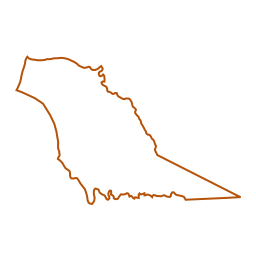 the district of Salvaterra, Pará, Brazil, rotated 178°
{"feature_id": "56859067B73547527408791", "entity_name": "Salvaterra", "entity_type": "district", "adm_level": 2, "iso_a3": "BRA", "parent_name": "Brazil", "parent_adm1": "Pará", "projection": "robinson", "projection_center": [-48.631, -0.813], "detail": "fine", "context": "isolated", "style": "outline", "palette": "amber", "viewbox_px": 256, "rotation_deg": 178, "n_neighbors": 0, "source": "geoboundaries", "source_scale": "gbopen_adm2", "svg_char_len": 3190}
<svg xmlns="http://www.w3.org/2000/svg" viewBox="0 0 256 256"><g transform="rotate(178 128 128)"><path d="M226.1,202.7L227.0,201.6L227.9,199.8L228.4,198.0L228.6,196.4L229.6,193.0L231.4,188.4L233.0,182.5L233.2,181.1L234.2,177.6L234.9,176.1L235.5,174.8L236.6,172.4L238.1,169.7L232.4,167.3L220.1,161.1L212.1,155.3L205.4,143.7L201.6,135.1L199.6,126.7L199.4,124.7L198.3,116.7L198.6,110.2L198.0,108.4L197.5,106.6L197.6,105.3L197.2,103.9L197.6,102.5L198.5,101.2L199.2,99.6L197.1,97.9L194.9,95.5L193.1,92.1L192.1,90.3L190.8,89.1L189.0,87.9L187.8,86.8L187.5,84.1L187.6,82.1L187.1,80.5L186.3,79.6L184.1,79.4L182.4,79.9L180.6,79.5L179.3,77.6L177.4,74.1L175.6,71.7L173.1,68.1L171.7,63.3L171.1,59.6L170.8,56.9L169.9,54.6L168.7,53.9L166.7,53.3L165.3,54.8L164.4,56.3L163.9,58.4L163.8,59.8L164.3,62.2L164.4,64.0L164.4,65.4L164.1,67.1L162.8,68.6L161.4,68.2L159.7,67.5L159.1,66.1L158.7,64.7L157.6,63.6L156.3,62.6L154.4,61.8L153.4,60.9L152.0,57.9L150.7,57.0L149.1,58.2L149.1,60.3L149.9,61.4L149.9,63.3L149.3,64.9L148.5,66.0L147.1,65.8L147.0,64.3L147.3,62.1L145.8,61.3L144.7,60.0L144.6,58.2L143.7,57.6L142.2,57.3L140.7,57.6L138.2,61.1L137.2,62.0L135.8,61.7L134.3,61.7L132.6,62.2L131.3,62.9L129.9,62.3L129.4,60.7L128.9,59.4L127.6,60.1L126.3,59.3L125.2,57.7L124.1,57.2L123.4,58.4L121.3,58.1L119.7,57.7L119.7,59.5L119.6,61.2L118.7,62.2L117.9,61.2L116.7,61.3L115.4,61.7L113.9,62.2L113.9,60.1L112.6,60.2L111.6,60.8L109.9,60.6L108.3,59.9L107.3,59.1L106.3,58.1L105.8,59.4L104.6,60.1L103.1,59.8L101.9,59.0L100.1,58.9L99.0,58.9L97.4,58.6L96.3,58.9L94.9,59.5L93.7,59.4L92.6,58.6L91.4,58.1L89.8,57.8L88.6,57.6L87.6,58.5L87.4,60.1L86.2,62.0L84.7,62.2L82.6,59.8L81.2,59.2L79.4,58.9L78.0,58.4L76.5,58.1L74.6,57.3L73.7,55.9L72.9,54.3L33.8,54.7L17.9,55.0L21.2,56.7L99.6,99.9L100.1,101.1L100.8,102.6L101.4,103.7L101.9,105.5L101.1,107.3L100.6,109.2L101.4,110.4L102.4,114.0L103.2,115.4L104.3,116.3L104.9,117.4L105.5,118.8L106.2,119.9L107.3,120.6L108.6,120.7L109.9,122.1L110.1,123.4L110.6,124.6L111.4,125.8L112.2,127.8L113.0,129.1L113.5,130.3L114.3,131.5L114.8,132.6L114.9,134.4L115.7,135.8L116.6,137.0L117.2,139.0L118.4,140.1L120.3,142.7L120.2,144.4L119.4,145.7L119.9,147.0L122.5,149.3L122.9,150.7L123.2,152.8L124.0,154.8L125.0,156.5L126.3,157.4L128.9,157.6L130.5,157.0L132.0,157.2L133.8,158.2L135.1,159.1L136.5,159.9L137.4,161.2L138.1,163.3L139.7,163.4L141.0,162.6L142.3,162.6L143.6,163.8L145.2,164.7L147.0,165.2L147.5,166.7L147.5,168.1L148.1,169.8L149.3,170.6L151.3,171.7L152.6,173.0L152.9,174.5L151.8,175.3L150.0,175.2L149.7,177.0L149.8,179.2L150.0,181.1L151.0,182.3L152.3,181.1L154.0,180.7L154.9,181.5L155.3,182.9L155.1,184.4L154.1,185.4L152.9,185.6L151.7,186.7L151.2,188.2L152.7,190.8L154.6,189.5L155.8,188.3L158.6,187.2L161.5,187.3L163.1,188.6L164.0,190.3L165.2,190.6L166.8,190.0L168.2,189.8L169.7,189.6L171.5,190.3L174.3,191.7L175.6,192.7L176.6,193.9L178.0,194.8L179.5,196.0L180.7,196.5L182.3,197.3L184.7,198.6L187.5,199.6L189.1,199.9L190.3,200.2L191.9,200.4L193.2,200.4L195.7,200.2L197.2,200.2L198.5,200.2L200.0,200.2L201.8,199.7L204.8,199.5L206.6,199.7L208.4,199.0L211.8,198.7L213.3,198.8L214.9,198.8L216.8,199.0L220.0,199.7L221.3,199.7L224.5,200.9L226.1,202.7Z" fill="none" stroke="#b45309" stroke-width="2"/></g></svg>